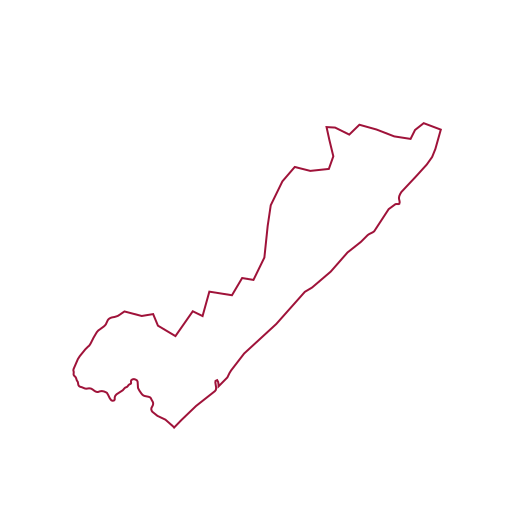 the border of Atsinanana, rotated 26°
{"feature_id": "MDG-5868", "entity_name": "Atsinanana", "entity_type": "Autonomous Province", "adm_level": 1, "iso_a3": "MDG", "parent_name": "Madagascar", "parent_adm1": "", "projection": "albers", "projection_center": [48.339, -18.983], "detail": "fine", "context": "isolated", "style": "outline", "palette": "rose", "viewbox_px": 512, "rotation_deg": 26, "n_neighbors": 0, "source": "natural_earth", "source_scale": "10m", "svg_char_len": 2650}
<svg xmlns="http://www.w3.org/2000/svg" viewBox="0 0 512 512"><g transform="rotate(26 256 256)"><path d="M366.7,61.4L370.3,81.2L370.9,89.8L369.4,98.9L364.8,114.7L358.6,134.7L358.4,137.0L358.5,139.3L359.0,141.1L359.6,142.1L361.0,143.8L361.6,144.8L361.9,146.3L361.1,147.0L359.8,147.5L358.6,148.3L354.7,155.7L351.4,182.0L350.5,183.6L348.1,186.7L347.2,188.3L344.1,197.3L336.7,212.7L330.0,237.3L320.2,259.8L315.6,266.8L304.0,308.3L288.1,348.8L283.8,369.7L283.5,372.7L283.5,377.7L279.5,389.6L278.7,388.0L277.2,385.8L275.5,384.6L274.4,386.0L274.9,387.5L277.9,391.8L278.6,393.8L278.3,395.5L267.9,417.0L260.8,436.3L257.6,446.1L256.5,445.6L246.3,442.8L237.5,442.9L231.3,441.5L230.3,441.0L229.2,439.9L228.8,439.0L228.6,438.0L228.7,437.2L228.7,435.5L228.6,434.7L228.1,433.4L227.7,432.9L227.1,432.3L224.9,430.8L224.2,430.2L223.4,429.7L222.7,429.5L221.3,429.6L217.4,430.6L216.6,430.7L215.8,430.7L214.5,430.4L213.0,429.7L210.2,428.1L208.0,426.5L207.6,426.0L205.0,421.4L204.6,420.8L204.1,420.4L203.5,420.0L202.7,419.9L201.6,419.9L200.8,420.0L200.0,420.3L199.5,420.7L199.0,421.1L198.7,421.7L198.4,422.2L198.4,422.9L198.6,423.6L199.3,424.7L199.5,425.3L199.4,425.8L198.6,426.8L198.2,427.4L198.0,428.0L197.7,429.5L197.5,430.1L196.2,431.6L195.9,432.2L195.5,433.6L195.3,434.4L195.1,435.1L191.3,441.4L190.9,442.8L190.8,443.6L190.9,444.3L191.0,445.0L191.9,446.9L191.9,447.5L191.7,448.1L191.2,448.5L190.7,448.9L190.0,449.1L189.2,449.1L188.1,448.6L186.7,447.8L184.3,445.9L182.1,444.4L181.4,444.3L180.3,444.3L178.7,444.4L177.3,444.8L176.6,445.0L175.0,446.1L173.6,447.5L173.0,447.8L172.3,448.0L171.5,448.1L170.7,448.1L169.8,448.0L168.3,447.7L166.7,447.5L165.9,447.5L165.1,447.7L164.4,447.9L163.8,448.2L161.6,449.7L160.9,449.9L160.2,450.1L156.9,450.3L155.4,450.6L154.6,450.6L153.8,450.4L153.0,449.9L152.5,449.3L152.1,448.7L151.7,448.2L151.3,447.6L150.9,447.2L149.7,446.5L149.2,446.1L147.9,444.7L147.4,444.3L146.8,443.9L144.8,443.2L144.3,442.8L143.9,442.3L143.1,440.3L142.7,439.7L142.3,439.3L141.9,438.7L141.6,437.6L141.1,426.7L141.5,423.3L143.5,414.7L144.8,411.0L145.4,409.7L145.7,407.3L145.8,400.6L146.3,394.3L146.9,392.1L150.2,385.9L150.7,384.5L151.0,383.3L150.9,378.7L151.1,377.7L151.4,376.9L152.1,375.8L152.5,375.3L153.4,374.4L155.6,372.8L157.4,371.1L158.3,370.1L162.1,363.5L179.6,360.0L189.0,353.3L198.4,361.6L218.7,363.3L223.4,333.4L234.3,333.4L229.7,308.5L251.6,301.8L253.2,281.9L264.2,278.6L264.2,253.7L253.3,223.8L247.0,203.9L247.0,177.3L251.8,159.0L267.5,155.7L283.3,145.8L281.8,132.5L270.8,119.2L262.9,109.2L270.8,105.9L286.6,106.0L291.4,92.7L308.8,89.5L327.8,87.9L343.6,83.0L343.7,73.0L348.5,63.1L366.7,61.4Z" fill="none" stroke="#9f1239" stroke-width="2"/></g></svg>